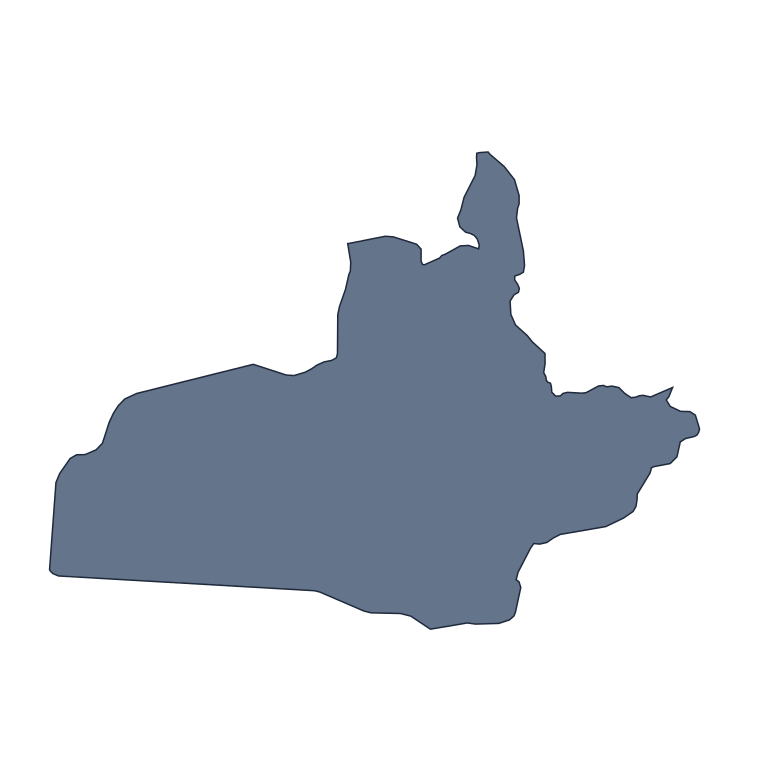 Esfahan, Mercator projection, rotated 185°
{"feature_id": "IRN-3211", "entity_name": "Esfahan", "entity_type": "Province", "adm_level": 1, "iso_a3": "IRN", "parent_name": "Iran", "parent_adm1": "", "projection": "mercator", "projection_center": [51.611, 32.657], "detail": "fine", "context": "isolated", "style": "filled", "palette": "slate", "viewbox_px": 768, "rotation_deg": 185, "n_neighbors": 0, "source": "natural_earth", "source_scale": "10m", "svg_char_len": 2076}
<svg xmlns="http://www.w3.org/2000/svg" viewBox="0 0 768 768"><g transform="rotate(185 384 384)"><path d="M124.7,278.8L133.6,271.4L150.6,261.3L195.3,249.5L202.0,245.3L208.0,240.3L214.8,238.1L220.9,238.1L223.8,233.0L234.0,208.2L235.3,200.5L232.3,198.8L230.0,193.2L233.2,167.8L234.5,164.0L238.5,159.9L248.7,155.5L271.9,152.8L280.2,153.2L316.4,143.8L337.1,155.1L347.6,156.8L377.0,154.9L384.3,156.1L430.0,171.2L435.5,172.0L691.5,164.4L697.4,166.3L700.0,168.5L701.0,169.8L702.2,257.3L699.3,266.5L690.2,282.4L684.1,286.7L675.7,287.6L665.1,293.3L659.3,300.5L654.4,322.0L650.9,331.5L646.8,339.3L640.9,346.5L629.6,353.0L516.0,392.2L482.1,384.4L474.3,384.6L463.9,388.7L457.5,392.8L452.7,396.8L445.8,400.7L438.1,403.0L433.8,405.9L433.0,410.1L436.1,449.1L435.1,457.2L430.6,475.0L428.5,490.3L427.4,493.4L427.7,502.2L432.4,520.7L432.2,520.7L395.6,531.3L387.6,531.4L363.7,526.1L358.8,521.6L357.8,509.9L356.1,506.5L354.3,506.2L339.6,514.3L337.6,517.1L334.5,518.5L320.1,528.2L312.0,529.4L301.6,526.9L301.2,530.6L303.7,536.5L307.0,539.9L311.2,541.5L316.0,542.4L322.1,547.1L325.2,555.6L322.6,564.2L320.5,577.0L311.4,599.6L310.5,610.5L311.6,617.9L311.7,622.0L308.7,622.9L300.5,624.2L298.4,622.0L283.3,611.2L271.8,598.9L265.8,583.5L265.1,575.2L266.2,570.9L266.5,561.1L256.7,528.6L254.3,514.3L254.9,507.5L258.6,504.9L263.1,503.0L262.9,499.1L259.6,495.0L257.5,491.1L258.0,487.2L262.2,484.2L265.6,477.6L263.7,464.4L258.1,454.2L245.6,444.8L240.0,439.0L226.3,428.4L225.3,418.5L225.9,409.3L223.5,405.6L222.6,401.9L221.0,400.1L218.2,399.3L217.1,396.2L216.1,390.4L211.8,386.8L207.2,387.6L204.9,390.2L200.4,391.7L186.3,392.1L182.1,392.9L170.2,400.7L165.3,401.7L162.0,400.6L156.7,401.8L149.7,400.9L143.2,395.5L136.6,391.9L131.9,392.9L128.5,394.6L124.7,395.3L117.3,394.3L96.2,405.7L99.1,396.2L101.4,392.7L96.9,386.6L86.2,382.6L76.9,383.2L71.1,380.1L65.9,367.2L65.8,365.9L66.5,362.9L67.9,360.3L70.4,358.7L78.9,355.9L83.8,352.2L85.8,337.0L91.9,329.7L107.9,325.2L110.4,323.7L110.6,321.3L111.3,318.3L122.1,296.5L121.8,290.9L122.3,284.0L124.7,278.8Z" fill="#64748b" stroke="#1e293b" stroke-width="1.5"/></g></svg>